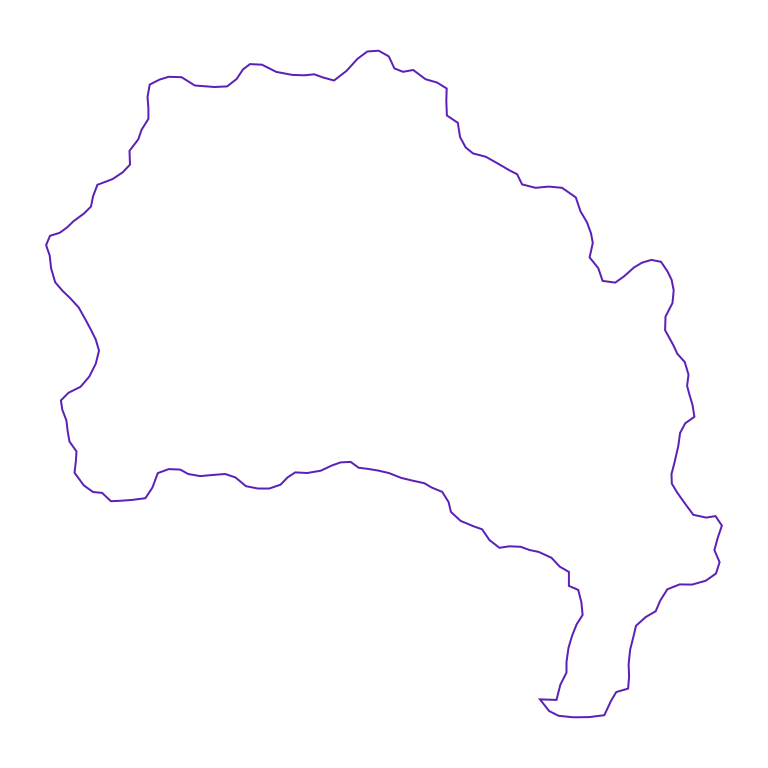 the district of Santo Antônio do Itambé, Minas Gerais, Brazil
{"feature_id": "56859067B65997066860762", "entity_name": "Santo Antônio do Itambé", "entity_type": "district", "adm_level": 2, "iso_a3": "BRA", "parent_name": "Brazil", "parent_adm1": "Minas Gerais", "projection": "albers", "projection_center": [-43.26, -18.494], "detail": "fine", "context": "isolated", "style": "outline", "palette": "violet", "viewbox_px": 768, "rotation_deg": 0, "n_neighbors": 0, "source": "geoboundaries", "source_scale": "gbopen_adm2", "svg_char_len": 2573}
<svg xmlns="http://www.w3.org/2000/svg" viewBox="0 0 768 768"><path d="M673.3,345.1L665.1,330.2L665.5,316.6L672.5,303.0L673.7,290.3L671.6,279.8L667.5,271.4L661.0,261.8L651.3,259.9L642.0,262.7L634.2,267.3L624.1,276.3L615.3,282.6L602.6,280.9L598.3,268.2L589.6,257.4L592.8,242.9L591.0,233.3L586.9,222.1L580.5,211.4L575.8,197.4L562.0,187.8L548.8,186.6L535.5,187.8L522.1,184.4L517.1,174.2L509.2,170.2L499.5,164.5L485.9,156.8L473.0,153.4L465.7,147.5L460.1,137.2L457.8,122.8L446.9,115.5L446.3,100.9L446.7,88.5L437.2,82.6L425.5,79.2L413.2,70.0L403.0,71.8L394.4,68.4L388.8,56.4L378.6,50.7L367.3,51.5L357.5,58.8L346.5,70.9L334.0,80.5L322.5,77.3L314.3,74.3L304.3,75.3L292.3,74.9L276.3,71.9L262.0,64.7L250.0,64.1L243.0,69.4L236.6,79.0L227.1,86.4L214.5,87.0L194.8,85.5L181.6,77.2L168.7,76.8L159.5,79.6L149.7,84.6L147.5,97.0L148.4,107.8L148.4,118.9L141.6,129.7L138.3,139.3L129.5,150.8L130.0,164.6L122.7,172.3L112.7,179.0L97.4,184.8L93.0,196.5L91.0,206.5L84.0,213.5L73.6,221.1L67.0,227.5L59.7,232.8L50.0,235.8L46.1,245.1L49.7,255.6L51.1,268.3L55.2,282.3L62.6,290.9L70.3,298.3L78.7,307.5L85.5,319.6L91.4,330.7L95.7,339.4L99.0,350.6L95.8,363.6L89.3,376.6L80.5,386.8L68.6,392.7L60.9,400.4L62.3,409.7L66.4,420.4L67.7,431.4L69.5,441.6L76.5,451.4L75.9,461.0L74.5,472.7L83.8,485.4L93.0,492.0L102.1,492.9L110.9,501.2L120.2,500.8L132.2,499.9L145.4,498.2L152.4,487.6L157.8,473.1L168.8,469.1L180.3,469.6L188.2,474.0L200.2,476.1L213.4,474.9L225.2,474.0L235.4,477.4L246.0,486.2L257.8,488.5L269.4,488.5L280.5,484.7L287.7,477.3L295.2,472.4L307.2,473.0L320.8,470.7L331.6,465.6L340.5,462.4L350.7,461.9L358.6,467.7L368.6,469.0L377.9,470.5L388.8,473.0L401.2,477.9L412.8,480.7L424.3,483.2L431.6,487.5L442.2,491.9L448.6,502.1L450.9,511.9L460.6,520.9L473.3,526.2L482.1,529.3L489.4,540.0L499.4,547.8L509.3,546.3L520.7,546.8L529.5,550.0L538.6,551.9L551.5,557.8L559.8,566.7L568.9,571.9L568.9,585.9L578.2,589.9L581.4,602.3L582.6,615.0L576.7,624.2L572.1,635.7L568.5,647.8L566.5,662.0L566.5,672.6L560.3,684.8L556.5,699.9L540.0,699.4L549.2,711.1L558.6,715.8L573.5,717.3L589.1,717.1L604.3,715.2L611.1,700.7L616.3,692.0L628.1,688.6L629.1,676.5L628.6,664.5L630.1,649.9L633.6,636.0L636.0,625.8L645.6,617.1L655.7,611.2L660.3,600.5L667.3,589.3L679.7,584.4L692.0,584.6L705.8,580.7L716.0,573.5L719.6,562.2L714.4,550.1L717.8,537.6L721.9,525.6L715.5,516.1L706.2,517.6L693.3,514.8L685.1,503.7L677.4,492.9L671.8,483.6L671.5,474.0L674.5,462.5L678.3,445.9L680.1,432.9L685.3,423.2L694.4,416.8L692.5,404.9L689.4,394.5L687.1,385.9L688.5,374.7L684.8,362.1L677.4,353.9L673.3,345.1Z" fill="none" stroke="#5b21b6" stroke-width="2"/></svg>